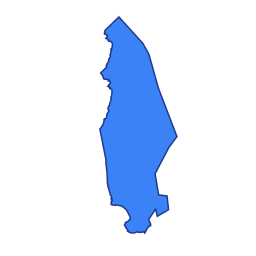 Melchor Ocampo, Zacatecas, Mexico (Equal Earth projection), rotated 52°
{"feature_id": "50627088B70074027244327", "entity_name": "Melchor Ocampo", "entity_type": "district", "adm_level": 2, "iso_a3": "MEX", "parent_name": "Mexico", "parent_adm1": "Zacatecas", "projection": "equal_earth", "projection_center": [-102.006, 24.9], "detail": "fine", "context": "isolated", "style": "filled", "palette": "blue", "viewbox_px": 256, "rotation_deg": 52, "n_neighbors": 0, "source": "geoboundaries", "source_scale": "gbopen_adm2", "svg_char_len": 5227}
<svg xmlns="http://www.w3.org/2000/svg" viewBox="0 0 256 256"><g transform="rotate(52 128 128)"><path d="M217.5,169.3L212.8,168.0L208.9,156.1L215.6,159.3L217.3,146.3L205.6,139.1L199.5,145.0L180.8,134.9L176.6,125.8L168.4,107.5L164.9,94.7L115.6,79.6L82.6,66.1L70.4,64.2L34.9,66.8L36.9,86.0L37.8,87.0L37.9,87.3L38.2,87.4L38.4,87.5L38.8,88.2L39.0,88.4L39.2,88.6L39.4,88.6L39.6,88.7L40.2,88.1L40.3,88.0L40.5,87.9L41.0,87.5L41.3,87.5L41.7,87.7L41.9,87.5L42.1,87.3L42.4,87.4L43.3,88.2L43.5,88.8L43.7,89.3L43.7,89.8L43.5,90.1L43.7,90.3L44.1,90.2L44.3,90.0L44.5,89.8L44.6,89.6L44.8,89.5L45.5,89.3L45.8,89.0L46.0,89.0L46.5,89.5L46.8,89.9L47.0,89.9L47.4,89.8L47.9,89.6L48.5,89.0L48.7,88.9L49.0,88.5L49.6,88.3L50.3,88.2L51.2,88.2L51.9,88.3L52.1,88.4L52.4,88.7L52.8,88.9L52.9,89.0L53.1,89.1L53.2,89.3L54.1,90.5L54.3,90.8L54.6,90.9L54.8,91.0L55.1,91.2L55.2,91.6L55.3,92.2L55.4,92.4L55.3,93.0L55.5,93.1L55.9,92.9L56.1,93.1L56.4,93.0L56.5,93.4L56.4,93.4L57.0,94.1L57.2,94.3L57.9,95.1L58.4,95.5L58.9,96.4L59.1,96.8L59.5,97.2L59.6,97.3L60.6,97.7L60.8,97.9L61.2,98.8L61.4,99.2L61.5,99.6L61.6,99.8L61.7,100.1L61.9,100.2L62.0,100.5L62.1,101.0L62.7,101.3L63.0,101.6L63.1,102.0L63.3,102.3L63.4,102.6L63.8,103.0L64.2,103.7L64.4,104.1L64.4,104.5L64.4,104.9L64.5,105.0L64.7,105.3L65.0,106.0L65.2,106.4L65.3,106.6L65.6,106.8L66.2,107.1L66.6,107.1L66.8,107.2L66.7,107.5L66.8,107.8L67.1,108.8L67.0,109.2L67.2,110.8L67.4,111.9L67.5,112.4L67.6,113.9L67.6,114.6L67.8,115.6L68.1,115.5L68.7,115.7L68.7,115.8L69.3,115.8L69.7,115.8L69.9,115.8L69.9,115.7L70.1,115.6L70.3,115.6L70.9,115.6L71.1,115.6L71.2,115.8L71.5,116.0L72.2,116.1L73.1,116.3L73.4,116.5L73.9,116.6L73.9,116.8L74.3,116.8L75.1,116.4L75.4,116.2L75.4,115.9L75.5,115.6L75.8,115.5L76.1,115.3L76.2,115.1L76.5,115.0L76.8,114.8L77.0,114.6L77.4,114.4L77.5,114.4L77.9,114.1L77.9,113.8L78.0,113.8L78.3,113.8L78.5,113.5L78.7,113.9L78.9,114.4L79.0,114.3L79.2,114.2L79.5,113.6L79.9,113.5L80.0,113.6L80.6,113.6L81.0,113.9L81.4,114.0L81.6,114.0L82.6,117.8L82.7,117.6L83.2,117.5L83.3,117.4L83.6,117.2L83.7,117.4L83.8,117.4L84.1,117.9L84.3,118.0L84.6,117.8L84.8,117.7L85.0,117.8L84.9,117.4L85.0,117.3L85.2,117.2L85.3,117.3L85.6,117.5L85.9,117.4L86.0,117.6L86.6,117.6L87.1,117.5L87.6,117.3L88.3,117.2L89.1,118.0L89.6,118.3L92.2,120.7L92.8,121.6L93.2,122.4L93.6,122.9L95.2,123.8L95.8,124.8L97.5,127.3L98.6,128.7L98.9,129.8L99.7,131.1L100.4,131.8L101.2,132.2L101.8,132.0L102.3,132.3L103.2,133.3L103.3,134.0L103.6,134.9L103.9,135.6L104.1,136.0L104.8,136.7L105.4,137.3L105.9,137.8L106.8,139.2L106.8,139.8L106.5,140.4L106.4,140.8L106.5,141.1L106.3,141.4L106.4,141.6L106.5,141.7L106.8,141.6L107.0,141.5L107.0,141.9L107.0,142.0L107.4,142.3L108.8,143.8L109.3,144.6L109.9,145.6L110.2,146.1L110.4,146.6L110.3,146.9L110.5,147.1L110.8,147.6L111.3,149.8L111.5,150.8L136.4,163.4L138.9,164.6L143.2,167.8L143.6,168.0L144.6,168.6L144.8,168.6L145.5,168.9L147.2,170.3L147.9,170.4L148.4,170.7L148.7,171.0L149.1,171.2L149.3,171.4L150.0,171.9L150.6,172.1L150.9,172.5L151.7,173.1L151.9,173.2L152.8,173.9L153.4,174.2L153.6,174.4L154.2,174.7L155.2,175.6L156.0,176.1L156.2,176.3L156.8,176.7L157.1,176.9L157.7,177.5L157.9,177.6L158.0,177.6L158.4,177.8L158.8,178.2L159.2,178.3L159.4,178.5L159.7,178.6L159.8,178.7L160.1,179.0L160.3,179.1L160.7,179.1L160.8,179.0L161.4,179.5L161.6,179.6L161.6,179.8L162.0,179.8L162.4,180.0L162.6,180.1L163.0,180.0L163.3,180.3L163.5,180.2L163.6,180.3L163.7,180.5L164.4,180.9L165.5,181.1L165.9,181.3L166.0,181.5L166.3,181.6L166.6,181.8L167.1,182.0L168.2,182.2L168.6,182.4L169.5,183.1L169.9,183.3L170.3,183.2L170.6,183.0L170.8,183.0L171.1,183.0L171.7,183.3L171.8,183.3L172.1,183.4L172.3,183.6L172.4,183.8L172.8,184.2L172.9,184.3L173.1,184.5L173.2,184.9L173.4,185.1L173.7,184.9L173.8,184.7L174.2,184.4L174.4,184.6L174.4,184.8L174.7,185.1L175.0,184.8L175.8,185.4L175.7,185.9L175.7,186.2L175.7,186.5L176.0,187.0L177.0,187.6L178.0,188.4L178.8,187.7L179.1,187.7L179.2,187.3L179.6,187.0L179.8,186.7L180.0,186.5L180.2,186.3L180.3,186.1L180.7,185.9L180.8,185.7L181.1,185.7L181.4,184.5L185.9,180.9L191.2,179.6L199.8,181.1L200.4,181.7L200.7,182.1L201.1,182.6L201.4,182.7L201.6,182.7L201.3,183.4L201.3,183.5L201.4,183.8L201.4,184.0L201.3,184.4L201.6,185.2L201.6,185.6L201.5,186.3L201.2,186.5L201.2,187.4L201.0,187.8L201.0,188.4L201.2,188.7L201.3,188.8L201.6,189.0L201.9,189.4L202.0,189.7L202.1,189.8L202.2,190.0L202.3,190.1L202.2,190.3L202.4,190.4L202.4,190.5L202.6,190.6L202.9,190.6L203.2,190.7L203.3,190.7L203.6,190.7L204.0,190.7L204.3,190.6L204.5,190.9L209.2,191.2L209.2,191.8L210.6,191.2L211.2,191.1L211.4,190.9L212.4,190.2L212.6,190.0L212.8,189.8L213.3,189.3L213.6,188.9L213.8,188.7L214.1,188.1L214.3,187.9L214.8,187.0L215.0,186.4L215.1,186.2L215.2,185.8L215.2,185.4L215.3,185.1L215.9,184.3L216.3,184.1L216.5,183.9L216.9,183.7L217.1,183.5L217.5,182.9L217.7,182.5L217.9,182.2L218.2,181.7L218.5,181.4L219.0,180.7L219.2,180.2L219.3,179.9L219.5,179.1L220.4,179.3L221.1,179.4L221.0,179.1L220.9,178.9L220.7,178.5L220.6,178.1L220.1,177.2L219.9,177.0L219.9,176.6L219.6,176.2L219.2,175.3L218.8,174.1L218.7,173.5L218.7,173.3L218.7,173.0L218.5,172.7L218.3,172.6L218.3,172.3L218.4,171.6L218.4,171.4L218.3,171.2L218.5,171.1L218.8,170.6L218.6,170.6L218.0,169.4L217.5,169.3Z" fill="#3b82f6" stroke="#1e3a8a" stroke-width="1.5"/></g></svg>